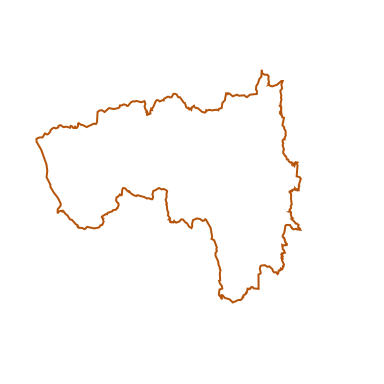 outline of San Juan Nepomuceno, Bolívar, Colombia, rotated 154°
{"feature_id": "7082276B34881548257448", "entity_name": "San Juan Nepomuceno", "entity_type": "district", "adm_level": 2, "iso_a3": "COL", "parent_name": "Colombia", "parent_adm1": "Bolívar", "projection": "equal_earth", "projection_center": [-75.086, 9.989], "detail": "fine", "context": "isolated", "style": "outline", "palette": "amber", "viewbox_px": 384, "rotation_deg": 154, "n_neighbors": 0, "source": "geoboundaries", "source_scale": "gbopen_adm2", "svg_char_len": 5964}
<svg xmlns="http://www.w3.org/2000/svg" viewBox="0 0 384 384"><g transform="rotate(154 192 192)"><path d="M174.6,75.8L168.4,88.7L166.1,88.7L165.5,89.6L164.7,93.4L163.0,95.3L162.0,95.5L158.6,94.3L156.9,91.6L155.1,91.3L153.6,87.5L153.9,85.2L153.4,83.7L151.5,83.0L151.2,80.8L150.1,81.1L148.6,83.4L147.6,82.9L146.4,83.8L146.5,83.1L144.7,83.0L144.5,83.9L143.7,84.1L142.8,85.3L142.5,84.9L141.2,86.3L141.0,91.2L140.5,92.2L139.9,92.2L140.5,93.5L139.0,94.0L139.6,94.8L139.1,95.3L139.1,96.8L138.5,96.8L138.6,95.3L137.8,96.5L138.2,96.7L137.9,97.4L135.1,96.7L135.0,99.5L135.5,100.8L134.2,104.6L133.7,103.7L133.1,104.1L130.3,102.7L129.5,103.5L130.1,104.6L130.1,106.6L130.6,107.0L129.9,106.7L130.0,107.6L129.3,108.6L129.8,110.2L129.3,110.5L130.1,112.0L129.4,113.3L127.4,114.5L125.4,116.9L123.0,120.6L121.7,121.1L118.3,119.2L118.3,117.0L117.8,116.1L118.1,115.4L117.2,113.9L114.7,113.4L114.1,112.4L111.1,110.5L111.1,112.1L112.1,112.7L111.7,113.0L111.9,114.1L110.7,115.5L111.6,117.7L112.4,118.0L113.7,122.7L114.5,123.7L114.3,124.7L113.1,124.6L113.5,125.2L113.1,128.4L112.0,130.0L112.0,130.7L113.1,131.6L112.2,131.5L112.3,133.0L111.8,133.6L110.2,133.9L109.3,136.2L107.8,137.1L106.2,142.0L104.0,146.3L103.8,147.5L104.4,148.9L103.8,150.4L103.7,149.6L102.9,149.6L103.0,149.0L102.2,149.3L102.4,150.0L101.6,149.0L100.8,149.9L99.7,149.3L98.5,149.9L98.2,149.2L97.8,150.0L97.6,148.8L96.8,148.6L97.1,148.0L96.5,147.1L96.0,147.3L95.9,146.8L95.7,147.5L95.3,147.0L93.6,150.0L93.0,150.2L93.1,151.2L88.3,156.4L88.9,158.4L91.1,160.2L85.5,169.6L85.3,172.0L84.4,172.3L85.8,173.4L88.2,170.9L88.1,172.6L89.2,171.9L89.1,172.5L89.9,172.7L89.3,173.4L89.4,175.0L90.5,175.1L91.6,177.0L91.3,178.9L92.4,179.7L91.9,182.6L92.7,184.3L92.5,184.9L93.0,186.9L91.6,189.4L90.7,189.8L90.1,194.3L88.6,195.8L88.6,197.3L87.7,198.9L86.4,199.2L85.7,198.7L84.8,200.3L82.9,201.7L82.6,203.1L81.9,203.8L81.1,206.1L81.4,208.7L80.7,209.9L81.5,212.3L76.8,218.4L78.1,219.5L77.7,220.5L78.5,224.3L78.0,224.7L77.4,224.0L77.4,225.3L76.6,225.0L76.4,226.3L75.8,226.6L75.5,227.9L74.6,228.7L75.2,230.1L74.7,230.4L74.6,229.8L74.4,230.3L74.8,230.9L74.3,230.9L74.2,231.9L70.8,236.3L70.9,237.4L69.5,239.4L68.3,244.2L65.6,245.6L64.5,249.5L61.8,252.0L63.0,252.6L68.6,251.1L73.7,251.8L75.4,253.4L75.7,255.0L76.2,255.0L75.6,255.4L75.8,256.2L74.7,256.8L73.7,260.5L72.3,262.3L72.9,264.4L75.2,265.5L76.5,267.3L76.7,268.5L75.9,270.6L75.9,271.2L79.1,265.2L81.9,264.1L85.0,260.8L87.9,258.9L89.6,256.1L89.4,254.4L90.7,251.7L97.1,254.0L101.2,253.2L102.8,256.1L107.6,257.9L109.0,259.8L113.4,260.1L115.1,263.9L116.3,265.0L117.1,264.3L118.1,265.7L122.3,260.0L125.6,258.8L128.5,254.5L131.3,254.9L132.5,253.9L134.2,255.4L138.1,256.5L140.7,258.4L142.8,258.5L143.3,259.3L145.0,257.7L145.8,257.8L147.8,259.6L150.1,264.9L151.9,266.1L152.5,267.2L152.4,268.6L154.8,268.2L156.6,266.2L157.1,267.9L158.2,267.5L158.3,268.9L158.7,268.7L160.0,270.5L159.4,275.0L160.2,275.9L161.3,282.4L162.8,283.2L163.1,286.5L164.6,288.0L165.7,288.3L168.8,286.1L170.3,286.6L170.7,287.5L172.1,288.3L176.3,288.0L177.3,286.7L178.4,287.5L181.3,287.5L182.0,289.1L183.3,290.0L184.8,289.5L189.8,285.2L191.3,284.5L191.7,284.8L192.0,283.2L193.0,284.0L194.6,282.0L195.0,280.7L196.2,280.8L197.0,281.8L198.2,280.7L198.6,280.9L198.5,281.5L197.1,283.7L197.1,284.3L197.8,284.3L197.2,285.3L197.6,286.5L197.2,289.6L195.3,291.6L194.9,294.5L198.4,295.0L202.0,298.2L203.7,298.4L205.2,299.4L207.5,299.4L211.7,297.5L212.6,297.8L213.1,299.1L215.1,300.8L216.6,300.5L218.9,301.4L220.1,299.8L222.6,300.0L226.0,300.9L229.8,303.8L235.5,302.2L237.0,304.9L239.4,305.8L241.8,305.3L246.7,296.5L248.5,295.2L250.4,296.5L258.2,296.5L261.0,300.2L262.4,301.1L263.4,303.4L264.5,303.4L265.6,301.1L267.5,300.1L268.4,300.5L268.5,301.9L269.8,301.1L270.9,302.1L270.9,303.4L272.1,304.6L273.4,303.2L276.6,306.0L279.1,306.6L280.8,309.7L282.9,310.0L283.9,308.7L286.5,308.8L287.7,310.2L289.1,310.4L291.8,309.7L292.9,308.4L295.9,307.1L297.0,307.2L298.5,309.1L302.4,306.6L305.2,307.9L308.4,308.0L309.7,305.4L309.0,296.1L310.7,280.7L312.8,274.4L316.2,269.2L316.1,260.5L317.0,259.0L316.5,252.4L315.1,245.2L315.1,239.1L316.2,237.2L320.2,235.4L322.2,231.7L320.8,232.6L318.4,232.7L317.1,231.4L317.1,232.1L316.1,231.7L315.3,227.6L314.2,225.6L313.7,220.9L312.1,219.6L310.7,214.3L309.4,212.3L309.4,211.2L310.0,211.1L309.7,209.6L306.7,208.0L304.7,205.6L301.5,206.6L295.8,202.1L291.0,200.9L288.9,202.2L287.0,201.8L284.4,204.1L284.1,206.4L283.3,206.9L284.2,208.7L283.7,209.4L279.3,209.9L278.2,209.2L277.0,210.2L272.1,209.6L271.0,210.3L267.8,209.4L266.9,210.3L266.0,210.2L263.5,212.6L263.1,214.1L263.9,215.8L263.9,217.7L262.2,220.3L260.2,220.3L257.9,221.4L257.3,220.1L256.4,220.1L253.4,225.0L252.0,225.8L250.3,224.3L249.8,221.6L248.4,220.5L248.8,219.9L247.9,219.4L247.8,218.2L246.0,214.9L243.8,212.7L242.5,213.1L236.9,208.2L235.5,206.0L233.8,205.5L231.4,203.1L230.8,202.9L229.1,204.6L228.6,207.2L226.2,210.0L224.7,209.6L220.0,210.1L218.2,207.7L216.4,207.3L215.0,205.8L214.1,204.4L214.1,203.4L215.5,201.9L217.3,198.2L219.1,196.7L219.7,192.5L220.5,192.3L220.7,190.4L222.2,186.5L222.3,183.8L223.8,181.6L223.3,178.0L224.9,177.4L224.1,176.7L224.8,174.6L224.4,174.2L224.1,174.9L222.1,172.8L220.9,173.7L220.9,172.7L220.0,172.4L219.7,171.4L216.4,171.0L213.9,172.1L212.2,171.3L211.3,167.7L210.1,165.8L209.8,162.1L208.3,159.8L207.1,160.7L205.7,163.6L203.4,166.3L199.2,166.1L196.6,164.2L195.2,161.4L193.5,161.1L192.1,161.7L191.6,161.1L191.0,151.6L193.5,143.0L195.0,141.3L193.2,138.9L194.0,131.3L195.2,130.0L195.5,128.0L197.6,126.9L198.8,124.4L198.9,118.4L200.0,114.9L200.2,111.6L200.8,110.5L200.6,109.4L202.8,106.5L205.3,100.4L206.6,100.3L207.0,97.7L206.4,94.5L207.1,91.9L210.0,92.3L212.7,88.3L212.9,87.5L212.2,85.1L212.3,83.3L211.8,83.1L210.9,86.4L210.3,86.2L209.6,85.4L209.0,82.5L205.3,79.1L203.7,74.8L197.5,74.6L195.8,73.6L193.3,74.2L192.8,75.3L191.9,75.1L191.2,76.5L188.6,76.7L187.8,77.7L187.4,77.3L186.5,78.0L184.5,80.7L183.5,79.7L182.9,80.2L182.0,79.5L180.2,80.6L179.0,79.6L178.8,78.3L174.6,75.8Z" fill="none" stroke="#b45309" stroke-width="2"/></g></svg>